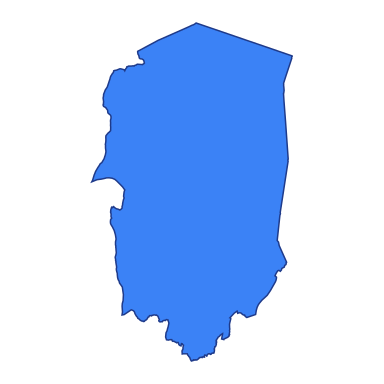 Kayonza, Eastern, Rwanda
{"feature_id": "39286606B59170295238138", "entity_name": "Kayonza", "entity_type": "district", "adm_level": 2, "iso_a3": "RWA", "parent_name": "Rwanda", "parent_adm1": "Eastern", "projection": "equal_earth", "projection_center": [30.553, -1.862], "detail": "fine", "context": "isolated", "style": "filled", "palette": "blue", "viewbox_px": 384, "rotation_deg": 0, "n_neighbors": 0, "source": "geoboundaries", "source_scale": "gbopen_adm2", "svg_char_len": 6002}
<svg xmlns="http://www.w3.org/2000/svg" viewBox="0 0 384 384"><path d="M122.0,315.0L124.1,314.6L131.3,309.8L133.4,310.7L134.4,311.8L135.0,313.7L136.5,316.3L137.5,317.3L137.8,318.3L139.0,319.0L140.2,320.2L141.6,321.0L143.3,321.2L143.4,321.5L144.0,321.5L144.4,321.3L145.4,320.2L146.1,320.0L146.8,319.4L147.7,317.9L147.9,317.3L148.2,317.1L148.8,317.0L149.4,315.8L149.6,315.6L150.1,315.7L150.7,315.6L151.6,315.9L151.9,315.4L152.1,315.3L152.9,315.3L153.2,315.1L154.0,314.9L155.0,315.0L155.6,315.2L156.2,315.0L156.4,315.2L156.7,315.2L158.0,316.3L158.7,318.3L159.3,319.2L159.3,319.6L158.8,320.5L158.8,320.8L158.9,321.1L159.6,321.8L160.5,321.9L161.0,321.7L161.6,321.7L162.2,321.8L163.0,320.7L164.5,320.3L165.0,320.5L165.2,320.4L165.4,320.5L165.6,320.3L165.6,320.2L166.3,319.6L166.9,319.6L167.5,320.0L167.9,319.9L168.9,323.1L168.1,326.9L167.8,327.9L167.6,328.4L167.0,330.9L166.1,332.6L166.0,333.2L165.6,337.0L166.5,339.8L167.4,339.9L168.3,340.1L169.9,339.7L170.5,339.6L170.8,339.8L171.7,339.6L171.9,339.9L172.3,341.0L172.7,341.3L174.0,341.3L175.5,342.2L176.3,342.4L176.5,342.8L177.1,342.7L177.5,342.5L178.2,342.5L178.8,344.4L179.2,345.0L180.1,345.6L181.0,345.9L181.5,343.6L182.3,343.8L183.0,345.0L183.5,345.2L183.0,347.2L183.0,348.6L182.7,349.8L182.4,350.0L182.1,350.6L182.0,351.5L182.1,351.8L182.1,352.0L182.2,354.0L183.3,353.8L187.3,353.8L187.5,354.4L187.6,354.9L188.3,355.6L188.8,356.5L189.7,357.4L190.4,359.3L191.1,360.7L191.4,361.0L192.1,360.7L192.9,360.7L193.2,360.4L193.3,359.9L193.8,359.8L194.2,360.1L194.8,360.1L195.0,359.9L195.3,360.0L195.5,359.8L196.1,360.0L196.8,360.0L196.8,359.8L198.0,359.2L198.6,358.7L198.7,358.3L199.1,358.2L199.6,357.6L200.0,357.4L200.7,357.5L201.2,357.2L201.9,357.5L202.0,357.5L201.9,357.2L202.9,356.8L203.0,356.9L203.3,356.8L204.1,357.2L204.5,357.1L204.4,355.6L204.6,355.1L205.6,355.2L206.0,355.3L206.6,356.1L206.8,356.1L207.1,355.2L207.5,354.6L208.3,353.8L209.5,353.7L210.4,354.4L211.0,354.3L211.1,353.9L211.4,353.7L211.5,353.4L211.9,353.4L212.6,353.1L213.6,353.1L213.5,352.8L214.2,352.2L214.4,350.9L214.5,349.7L214.4,349.4L214.2,349.3L214.2,348.8L214.4,348.3L214.6,348.1L214.7,347.9L214.7,347.6L214.8,346.7L215.4,346.6L215.8,346.0L216.4,344.0L216.1,343.4L216.6,342.6L216.4,342.1L216.1,341.9L216.6,341.1L216.1,340.5L216.5,339.7L217.6,338.3L217.9,337.4L219.5,336.2L220.1,335.6L220.1,335.3L222.6,333.6L222.6,334.0L221.6,339.0L223.8,339.6L223.9,339.1L227.7,337.3L229.1,336.0L229.1,335.4L229.3,335.1L229.1,335.1L229.7,331.6L229.5,330.3L229.8,329.1L229.6,327.8L229.5,324.2L229.8,322.7L230.8,318.7L230.5,318.4L230.5,317.8L230.0,317.7L234.3,313.1L237.1,311.1L237.3,311.6L237.7,313.3L239.0,312.8L240.3,312.8L241.4,313.3L242.3,314.3L243.5,315.0L243.9,315.0L244.2,315.2L244.6,315.1L244.8,315.9L245.2,316.1L246.1,317.1L246.8,317.5L255.6,314.5L256.3,310.3L257.1,307.4L258.3,304.8L259.4,303.2L261.9,300.2L267.2,295.3L270.4,290.6L275.4,281.8L276.0,280.3L276.4,278.5L276.5,277.2L275.6,276.3L275.3,276.2L275.0,275.8L275.9,273.8L277.0,271.9L277.9,270.7L278.4,270.5L279.2,270.5L280.3,271.3L281.5,269.9L281.7,268.7L281.9,268.4L284.3,267.1L284.7,265.4L285.8,264.7L286.1,264.1L286.2,263.6L286.1,262.8L286.2,262.5L286.6,262.2L279.2,245.6L278.5,242.1L277.2,240.5L279.9,215.3L280.4,213.8L280.4,213.3L280.2,212.6L288.1,161.2L287.8,159.9L288.2,159.2L285.5,121.1L284.0,101.3L283.5,93.3L283.8,93.0L283.8,92.6L284.1,90.5L283.8,86.6L283.6,85.9L283.7,85.2L283.6,83.2L285.9,76.0L291.7,58.5L291.8,58.1L291.6,57.7L291.7,56.9L292.2,56.3L292.1,55.9L196.1,23.0L194.5,24.2L193.4,24.8L192.1,25.2L189.0,26.7L158.2,40.3L137.7,51.3L137.6,51.9L138.0,54.2L138.8,55.5L139.3,58.0L140.2,58.8L142.0,59.0L143.4,59.9L144.0,61.2L144.1,62.1L144.4,63.1L143.7,63.8L143.1,64.0L142.6,64.6L137.2,64.2L136.4,64.9L134.8,65.4L134.0,66.1L133.3,65.8L131.0,66.1L128.5,66.1L127.9,66.5L126.9,66.7L126.7,67.6L125.7,68.9L125.4,69.3L125.2,69.9L125.1,70.1L124.9,70.0L124.7,70.7L124.2,69.9L123.4,69.5L120.7,68.8L119.8,68.8L116.4,70.2L114.8,70.4L113.7,70.8L113.5,72.0L113.2,72.8L112.6,73.2L110.7,76.3L110.3,77.4L110.1,78.5L107.3,86.9L106.7,87.9L105.3,89.9L104.2,92.8L103.8,93.8L103.6,94.3L103.5,96.1L103.1,98.0L103.6,101.7L103.5,102.3L103.5,103.2L103.2,104.5L103.4,104.6L103.1,105.1L103.6,106.4L105.8,107.6L106.1,108.1L106.2,108.5L106.5,108.7L107.6,110.2L107.8,112.4L108.2,113.3L110.1,114.8L110.6,115.4L111.0,116.6L111.0,118.0L110.9,118.9L110.7,119.3L110.5,120.5L110.5,121.5L110.6,122.3L110.6,124.5L110.5,125.0L110.7,127.1L110.6,130.6L110.5,130.8L109.6,131.7L109.3,132.2L108.6,132.5L107.8,133.4L106.4,135.1L106.0,135.6L105.9,136.1L105.8,137.1L105.9,139.7L105.8,141.7L105.6,143.0L105.3,144.5L105.5,144.9L105.5,148.1L105.9,151.0L105.9,152.0L105.3,155.1L104.7,156.7L104.3,158.1L104.0,158.9L101.8,162.6L101.5,162.9L100.6,163.4L99.9,164.2L99.5,165.1L97.9,167.5L96.0,170.7L95.2,172.3L95.2,172.6L94.2,174.9L92.6,180.2L91.8,181.8L97.0,179.7L101.4,179.1L104.7,178.4L106.4,177.9L109.0,177.8L112.1,178.2L114.9,179.4L116.9,181.1L122.6,186.9L124.3,189.3L124.8,189.9L124.4,191.0L124.1,192.0L123.6,196.1L123.7,196.9L124.0,197.4L124.0,198.4L123.5,199.5L123.1,201.2L122.6,203.7L122.6,204.7L122.0,206.8L122.1,207.4L122.0,208.2L121.8,208.5L120.6,209.6L120.3,209.6L119.8,210.0L118.0,209.1L116.4,208.8L114.3,207.4L113.7,206.6L112.7,207.5L112.6,207.2L112.4,207.1L111.9,207.3L111.8,207.1L111.7,207.1L111.6,207.5L111.4,207.7L111.2,208.6L110.9,209.3L110.9,209.7L110.7,210.4L110.8,211.5L110.5,212.0L110.7,212.3L110.9,213.4L111.1,213.9L111.0,216.5L111.2,217.2L111.7,218.1L111.2,218.7L110.6,219.7L110.5,220.6L110.4,222.0L110.6,223.7L111.3,225.1L112.6,227.2L112.7,227.5L114.2,230.5L115.4,234.7L116.0,238.4L116.0,239.6L115.5,241.9L115.5,245.0L115.8,245.8L115.8,247.6L116.0,248.6L116.0,249.6L116.3,252.8L115.8,255.2L115.3,256.7L115.2,257.6L115.6,259.3L115.6,260.8L115.9,261.3L115.9,262.9L116.1,263.4L116.1,264.0L116.5,266.0L116.6,267.7L116.3,268.9L116.5,270.7L117.3,273.5L117.3,274.7L117.6,277.6L118.2,279.7L119.1,281.2L119.5,283.0L122.3,287.0L123.4,294.6L123.1,300.7L122.3,303.5L122.1,306.1L122.5,312.0L122.0,315.0Z" fill="#3b82f6" stroke="#1e3a8a" stroke-width="1.5"/></svg>